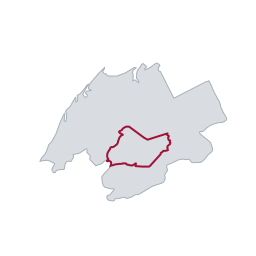 Ogooué-Lolo on a map of Gabon (Equal Earth projection), rotated 63°
{"feature_id": "GAB-2628", "entity_name": "Ogooué-Lolo", "entity_type": "Province", "adm_level": 1, "iso_a3": "GAB", "parent_name": "Gabon", "parent_adm1": "", "projection": "equal_earth", "projection_center": [12.559, -0.822], "detail": "fine", "context": "in_parent", "style": "outline", "palette": "rose", "viewbox_px": 256, "rotation_deg": 63, "n_neighbors": 0, "source": "natural_earth", "source_scale": "10m", "svg_char_len": 5790}
<svg xmlns="http://www.w3.org/2000/svg" viewBox="0 0 256 256"><g transform="rotate(63 128 128)"><path d="M166.0,38.7L165.9,40.8L164.1,45.9L163.3,49.9L163.1,54.1L163.6,57.5L164.4,60.0L165.0,62.6L164.6,64.4L163.7,65.2L164.3,66.2L165.6,66.4L167.8,65.6L171.1,64.2L175.6,62.1L178.5,61.0L183.3,61.7L185.8,62.5L187.1,63.9L188.6,70.0L189.3,70.9L190.4,73.5L191.4,76.6L191.6,78.2L191.5,79.3L190.5,81.0L189.4,83.5L189.0,84.9L188.1,86.1L187.0,87.1L183.7,87.6L183.3,88.2L182.4,90.9L180.7,93.1L179.9,95.2L179.2,98.0L179.3,101.5L179.0,106.5L178.7,109.9L179.5,111.0L183.3,111.9L184.1,112.5L185.1,114.6L186.4,116.6L189.9,117.8L191.3,119.3L192.4,121.0L192.5,122.3L191.7,127.8L191.0,133.0L191.3,137.0L191.5,140.7L192.0,146.3L191.8,149.6L190.8,151.7L190.8,153.3L191.2,155.2L190.4,160.6L189.8,161.5L188.2,162.5L187.4,164.0L187.1,166.2L186.3,169.3L185.4,170.5L185.4,171.9L186.3,173.0L186.2,174.6L184.7,176.5L183.7,178.0L181.6,178.7L179.3,177.9L178.7,176.8L179.3,175.2L179.1,173.8L178.2,172.4L177.0,168.8L175.8,168.1L175.2,169.6L173.3,172.3L169.8,175.8L167.4,176.1L163.0,175.0L159.3,173.3L157.5,169.2L156.4,165.8L154.8,161.9L153.1,160.0L151.2,158.8L150.3,158.7L147.6,160.9L146.8,161.8L146.8,163.6L147.0,165.3L147.5,166.2L147.8,167.3L147.7,169.0L147.3,171.3L147.1,173.8L138.6,176.3L137.1,175.4L136.0,174.3L134.7,174.5L131.0,175.8L129.7,174.9L128.3,174.2L127.7,174.8L127.6,175.9L128.3,181.8L128.1,184.1L127.2,187.1L126.8,189.1L129.1,189.6L129.9,190.6L130.7,192.1L131.8,193.5L131.8,194.3L130.6,195.9L130.2,197.8L130.8,199.3L132.3,200.9L134.6,202.5L135.7,203.6L135.5,204.5L134.5,206.6L134.1,208.4L133.4,210.0L133.5,211.4L134.6,212.8L134.4,214.0L133.8,214.9L132.4,214.7L131.2,214.9L130.1,214.5L126.8,209.8L126.1,209.6L121.2,213.3L120.0,214.8L119.1,216.9L117.7,221.5L115.5,218.8L113.6,213.9L111.4,210.9L106.8,206.0L105.6,202.4L100.2,194.4L92.6,186.4L87.1,179.5L86.3,178.0L87.2,178.2L92.5,181.6L93.2,181.2L93.9,180.5L91.6,178.6L89.4,177.2L87.3,176.3L85.2,176.4L84.1,175.0L83.3,172.7L83.0,170.8L82.0,168.8L79.1,164.7L78.4,163.2L76.8,161.0L77.8,160.7L80.9,162.8L81.2,162.0L80.9,160.7L77.8,158.8L76.1,158.7L75.7,157.3L75.9,155.7L73.6,149.7L71.3,145.2L70.9,143.1L77.2,152.8L78.1,153.0L79.2,152.9L81.8,151.8L81.3,150.5L80.1,149.1L79.0,149.8L77.5,149.9L76.7,149.3L76.4,148.3L77.9,143.6L77.2,143.8L76.7,144.7L75.9,145.1L74.7,145.3L71.6,142.8L68.8,136.0L68.1,134.6L67.4,132.2L66.6,131.2L63.5,121.5L64.7,122.2L66.1,125.0L68.9,124.5L70.0,122.8L71.0,122.9L71.9,122.5L73.2,121.0L76.7,114.3L77.7,105.5L77.4,100.2L76.8,95.0L78.0,93.4L78.5,94.5L78.7,96.3L79.3,97.7L80.6,98.9L82.9,99.2L86.6,101.2L87.9,102.4L88.3,100.0L92.5,97.9L91.2,97.1L87.5,97.9L82.3,94.8L80.6,92.8L79.0,89.1L77.4,87.1L77.5,85.3L81.2,83.7L82.1,83.9L82.5,85.9L83.5,86.6L83.9,86.4L84.1,84.7L84.1,80.3L83.0,73.9L83.3,72.7L84.3,72.2L85.2,71.4L85.8,71.2L87.1,71.4L87.7,72.9L88.1,73.7L89.3,74.1L90.4,74.8L91.3,74.6L92.0,73.7L93.1,73.5L96.4,73.5L99.5,73.5L105.6,73.6L111.6,73.6L117.7,73.6L122.3,73.6L122.3,70.0L122.2,64.4L122.2,57.7L122.2,51.4L122.2,45.5L122.1,38.5L122.4,36.5L122.7,35.7L122.6,34.5L127.3,34.5L135.8,35.0L139.5,34.9L140.5,35.0L145.2,34.6L149.0,35.1L150.5,35.6L152.0,35.8L156.5,36.1L162.4,35.7L164.4,35.8L165.5,36.8L166.0,38.7Z" fill="#d9dde1" stroke="#a8b0b8" stroke-width="1"/><path d="M153.7,160.6L152.2,159.2L151.2,158.7L150.1,158.7L149.9,158.8L148.8,159.8L148.7,160.0L148.4,160.5L148.4,160.8L148.4,161.1L148.3,161.4L148.0,161.7L147.6,161.5L147.2,160.9L147.3,160.2L147.1,159.8L147.0,159.7L146.8,159.6L146.6,159.6L145.0,159.8L144.8,159.8L142.0,158.5L141.8,158.3L140.4,156.8L140.1,156.3L138.6,153.6L138.4,153.4L138.2,153.3L138.0,153.1L137.8,152.9L137.5,152.2L137.5,151.8L137.5,151.6L137.5,151.4L137.6,151.2L137.8,150.9L137.9,150.7L138.0,150.5L138.1,150.4L138.1,150.1L138.2,149.4L138.1,148.3L137.8,146.9L137.7,146.5L137.7,146.0L137.7,145.8L137.6,145.5L136.8,144.2L136.3,143.5L136.1,143.4L135.3,142.9L135.1,142.7L134.3,141.7L133.2,140.6L132.8,140.1L132.0,138.6L131.9,138.3L131.7,137.4L131.6,136.7L131.7,136.3L131.7,136.0L131.7,135.8L131.4,135.7L131.2,135.8L129.4,137.2L128.8,137.4L128.3,137.7L128.1,137.8L127.9,137.8L127.4,137.6L127.2,137.5L127.1,137.2L127.0,136.7L127.1,136.1L127.1,135.6L127.1,135.0L127.0,134.6L126.9,134.0L126.8,133.9L126.3,133.2L126.2,132.9L126.1,132.6L126.1,132.3L126.0,131.5L125.9,131.0L125.9,130.7L126.0,129.0L126.1,128.6L126.3,128.2L126.9,127.3L127.3,126.4L143.8,118.2L147.3,115.8L150.7,95.5L150.8,95.4L151.0,95.6L151.2,95.8L151.3,96.1L151.6,96.2L151.8,96.3L152.0,96.2L153.4,95.3L153.7,95.3L154.0,95.5L154.3,96.0L154.5,96.2L154.6,96.5L154.8,96.7L155.1,96.8L155.5,96.8L156.1,96.9L156.7,97.2L157.0,97.2L157.3,97.1L157.6,96.9L158.2,96.2L158.4,96.2L158.8,96.6L159.2,96.9L159.4,97.1L159.5,97.1L159.9,97.2L160.5,97.0L161.0,97.6L161.4,97.9L161.5,98.2L161.5,98.8L162.0,100.6L162.1,100.8L162.2,101.1L163.1,101.6L163.3,101.8L163.5,102.0L163.8,102.0L164.4,102.0L164.6,102.1L164.9,102.3L165.1,102.5L165.3,102.5L165.7,102.5L165.7,104.0L165.1,105.5L164.6,106.6L164.4,106.9L164.5,107.1L164.6,107.3L164.8,107.6L165.0,108.8L165.0,109.5L165.1,109.8L165.2,110.2L165.4,110.4L165.6,110.5L165.8,110.6L166.0,110.7L166.2,110.9L171.8,125.7L171.9,126.4L171.9,126.9L169.1,132.4L165.5,138.4L165.4,138.5L165.2,138.6L164.8,138.2L163.2,137.1L163.0,137.3L163.0,137.5L163.2,138.7L163.3,139.8L163.3,141.0L163.2,141.6L163.0,142.0L162.8,142.1L162.6,142.3L162.3,142.6L162.0,143.4L161.8,143.7L161.4,143.9L161.2,144.0L161.0,144.3L160.7,144.8L160.5,145.1L160.3,145.4L160.1,145.6L159.9,145.7L159.7,145.7L159.4,145.6L159.2,145.7L158.6,146.1L158.3,146.4L158.2,146.9L158.0,147.3L157.9,147.5L157.6,147.7L157.4,148.0L157.2,148.4L157.2,148.7L157.1,149.6L157.0,149.9L156.9,150.3L156.7,150.6L156.6,150.9L156.5,151.1L156.1,151.8L154.5,156.4L154.4,156.7L154.5,157.3L154.5,157.6L154.2,158.5L154.0,159.3L153.7,160.4L153.7,160.6Z" fill="none" stroke="#9f1239" stroke-width="2"/></g></svg>